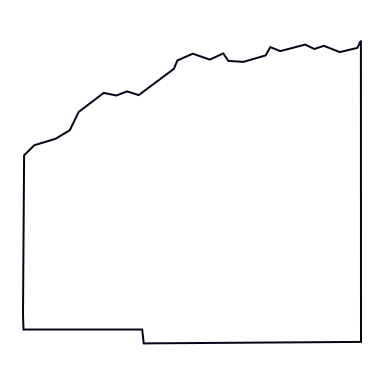 Hopkins, Texas, United States of America (Robinson projection)
{"feature_id": "52423323B1297205264682", "entity_name": "Hopkins", "entity_type": "district", "adm_level": 2, "iso_a3": "USA", "parent_name": "United States of America", "parent_adm1": "Texas", "projection": "robinson", "projection_center": [-95.58, 33.169], "detail": "fine", "context": "isolated", "style": "outline", "palette": "ink", "viewbox_px": 384, "rotation_deg": 0, "n_neighbors": 0, "source": "geoboundaries", "source_scale": "gbopen_adm2", "svg_char_len": 472}
<svg xmlns="http://www.w3.org/2000/svg" viewBox="0 0 384 384"><path d="M361.0,341.9L360.9,40.6L357.3,47.9L339.7,52.1L323.8,45.8L314.4,49.0L305.1,44.6L280.2,51.1L270.3,47.1L265.7,55.4L243.3,61.9L228.3,60.9L223.3,53.4L209.8,59.6L192.8,53.7L177.4,60.4L173.9,68.8L138.7,95.1L127.1,91.4L116.3,95.5L103.7,92.9L78.6,112.0L69.9,130.1L55.5,138.8L34.3,145.2L24.1,155.3L23.0,314.6L23.5,329.5L142.2,329.5L143.7,343.4L361.0,341.9Z" fill="none" stroke="#020617" stroke-width="2"/></svg>